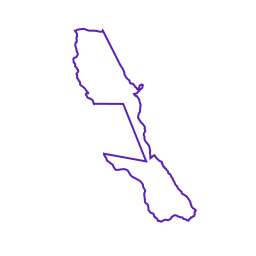 La Poma, Salta, Argentina (Natural Earth projection), rotated 329°
{"feature_id": "61730980B84051306954372", "entity_name": "La Poma", "entity_type": "district", "adm_level": 2, "iso_a3": "ARG", "parent_name": "Argentina", "parent_adm1": "Salta", "projection": "natural_earth1", "projection_center": [-66.198, -24.176], "detail": "fine", "context": "isolated", "style": "outline", "palette": "violet", "viewbox_px": 256, "rotation_deg": 329, "n_neighbors": 0, "source": "geoboundaries", "source_scale": "gbopen_adm2", "svg_char_len": 5935}
<svg xmlns="http://www.w3.org/2000/svg" viewBox="0 0 256 256"><g transform="rotate(329 128 128)"><path d="M141.0,210.1L140.7,209.6L140.5,208.4L140.0,206.8L139.7,205.3L139.8,204.4L139.9,204.0L140.0,203.3L139.9,202.6L139.6,201.8L139.5,200.5L139.9,198.1L139.9,196.1L140.1,195.1L140.0,194.5L140.1,194.1L140.3,193.7L140.0,192.1L140.0,191.6L140.2,191.1L140.3,189.8L140.3,189.2L140.0,188.6L139.4,188.0L139.3,187.7L139.4,187.1L139.6,186.6L140.0,185.6L139.8,184.8L139.6,184.4L139.4,183.9L139.6,182.6L139.4,182.1L138.9,181.4L138.9,181.1L138.9,180.7L139.1,180.4L138.5,179.3L138.4,179.0L138.7,178.2L138.8,177.1L138.9,176.6L138.7,175.9L138.8,175.7L139.3,175.2L139.5,174.7L139.5,174.4L139.2,174.1L139.1,173.7L138.3,172.8L137.8,171.7L137.5,170.6L136.9,168.6L137.0,167.8L136.7,167.0L136.7,166.5L136.8,165.5L136.7,165.0L135.5,164.8L134.7,165.0L134.2,165.1L133.7,164.9L133.3,165.1L132.6,165.4L131.6,165.4L133.0,163.1L133.9,160.7L134.5,159.9L135.1,159.3L135.4,158.7L136.9,153.9L136.7,152.9L136.7,151.5L136.3,149.7L136.2,149.0L136.2,147.4L136.3,146.7L136.6,145.6L137.3,144.4L137.7,143.9L137.9,141.9L139.2,140.6L139.9,140.3L141.0,139.6L141.4,139.3L141.6,138.6L141.5,138.1L141.7,137.6L142.0,137.3L142.0,136.9L142.9,136.0L143.0,134.9L142.9,134.3L142.8,132.7L142.5,131.2L142.0,130.2L142.1,128.3L141.9,127.9L141.8,127.5L142.0,127.1L142.0,125.8L141.8,125.4L142.2,123.9L143.7,122.2L145.0,121.0L146.0,120.4L146.7,120.3L147.1,119.7L147.3,119.1L147.7,118.5L149.0,117.0L149.4,116.5L149.6,115.9L149.9,115.5L150.8,114.6L151.0,113.8L151.2,112.7L151.6,111.1L151.9,110.0L152.2,109.2L152.2,108.6L152.1,107.9L152.1,105.9L152.0,105.2L151.3,104.9L151.0,104.3L150.9,103.9L150.7,103.5L150.7,101.9L152.9,102.7L154.1,102.8L155.1,102.2L156.1,102.1L158.3,101.3L159.9,101.2L161.0,100.8L162.8,98.9L162.5,98.2L162.1,97.8L160.3,97.6L159.9,97.7L159.6,97.8L158.9,98.7L158.2,99.3L157.0,99.8L156.1,99.9L155.9,99.6L155.9,99.2L156.0,98.4L155.9,97.9L155.8,97.3L155.3,96.8L155.3,96.4L155.4,94.5L155.3,94.1L155.1,93.7L155.0,92.9L154.8,92.5L154.8,92.2L154.5,92.0L153.7,91.8L153.4,91.6L153.0,90.6L153.1,89.4L153.3,89.0L153.7,88.2L153.7,87.8L153.3,87.0L152.9,85.5L152.6,84.4L152.5,82.8L152.4,82.5L152.6,80.3L153.0,79.2L153.4,78.6L153.6,77.4L153.8,76.6L153.9,75.0L154.1,74.2L154.1,73.9L153.9,73.2L153.8,72.2L153.8,70.2L156.6,31.4L156.3,31.6L156.0,31.7L155.6,32.0L155.2,32.1L154.0,31.2L153.2,30.8L153.0,30.6L152.5,30.0L151.4,28.9L150.8,28.6L149.8,27.6L148.9,27.0L148.7,26.8L147.3,26.1L146.8,25.7L146.2,25.4L146.0,25.2L145.4,24.8L144.5,24.2L144.2,24.1L143.7,23.4L143.0,22.4L142.4,21.8L141.8,20.9L141.4,20.5L140.8,20.0L139.6,19.6L139.1,19.2L138.3,19.0L137.8,18.6L137.4,18.6L135.6,17.8L134.2,17.5L133.8,17.6L133.3,18.0L132.9,17.8L132.7,17.6L132.6,18.6L132.9,20.6L132.8,20.9L132.5,21.5L132.4,21.6L132.1,22.0L131.5,23.2L131.0,23.6L130.9,23.6L130.2,24.4L130.0,24.5L129.7,25.3L129.2,26.2L128.7,27.4L128.3,27.9L128.0,27.9L127.2,27.8L126.7,28.5L126.0,29.0L125.4,30.0L124.8,31.7L124.8,32.2L124.6,32.8L124.6,33.3L124.5,33.8L124.0,34.4L123.7,34.9L123.7,35.4L123.8,35.7L123.5,36.7L123.3,38.4L122.8,39.2L120.7,40.3L120.4,40.6L119.4,40.6L118.1,40.1L117.1,40.4L116.5,41.0L116.0,42.5L115.8,42.7L115.3,43.7L115.3,44.1L115.5,44.5L115.5,44.8L115.7,45.5L115.7,46.0L115.5,46.4L114.8,47.2L114.6,47.5L114.5,47.9L114.6,48.5L114.8,48.9L114.9,49.4L114.8,50.8L114.9,52.2L115.1,52.5L115.0,53.2L114.1,54.2L113.2,54.4L112.9,54.5L112.5,54.9L112.2,55.1L111.9,55.0L111.6,55.2L111.7,55.4L111.7,56.0L111.4,57.0L110.8,57.8L110.4,58.1L110.2,58.3L110.2,58.9L110.4,59.1L110.2,59.8L110.4,61.2L110.3,61.5L110.1,62.0L110.1,62.3L110.6,63.3L110.2,64.6L109.9,65.0L109.3,66.1L109.5,66.7L109.9,68.0L111.0,70.4L111.4,72.5L111.6,75.3L111.5,75.7L111.7,76.7L111.9,76.9L112.0,77.3L112.0,77.5L111.7,77.7L110.9,77.1L109.6,77.1L109.1,77.8L109.2,79.3L109.0,79.8L109.0,80.8L109.3,81.5L109.7,82.0L110.1,82.9L111.0,83.6L111.2,84.4L111.8,85.3L111.9,85.8L111.9,86.7L111.7,87.3L111.6,87.7L111.5,87.8L111.4,88.0L111.2,88.9L111.2,89.6L111.3,89.9L111.2,90.4L111.3,91.0L111.5,89.8L136.3,104.9L126.4,166.0L94.2,137.7L93.6,139.5L93.6,140.3L93.8,140.8L93.7,141.8L93.8,142.4L93.2,145.3L93.7,145.8L93.8,146.5L94.3,147.4L94.9,149.4L95.8,151.2L96.0,151.9L95.7,152.8L95.6,154.3L95.9,157.2L96.2,157.7L97.0,158.3L103.0,160.9L104.1,161.8L105.2,163.1L105.8,164.3L105.9,164.8L105.9,169.0L106.0,169.9L106.3,171.4L110.5,178.6L111.3,180.7L111.6,182.6L111.6,184.4L110.7,185.8L110.5,190.6L107.9,192.8L105.6,198.0L104.8,199.4L104.5,200.4L104.4,201.2L104.6,201.8L105.0,202.5L105.5,204.0L105.2,204.6L104.6,206.5L103.4,208.7L103.5,211.0L103.7,212.1L104.3,213.1L105.2,213.8L105.5,214.8L105.5,215.9L105.2,216.3L105.1,216.7L104.9,217.6L105.0,218.3L105.4,218.4L105.5,218.8L105.8,220.2L106.2,220.5L106.1,221.9L105.8,222.6L106.0,223.3L106.4,223.5L106.7,223.6L107.1,223.8L107.6,224.4L107.9,225.1L108.2,225.3L108.4,225.4L110.6,225.4L111.1,225.4L111.7,225.7L112.5,225.7L112.9,225.9L113.6,226.6L114.3,227.1L114.6,227.6L115.1,227.7L115.5,227.8L115.9,227.7L116.2,227.8L117.6,227.9L119.1,227.2L119.4,226.9L120.4,226.9L121.8,226.6L123.4,226.9L124.5,228.3L125.0,228.5L125.1,229.4L125.8,230.0L126.4,230.9L126.6,231.0L126.8,231.5L127.2,231.8L127.7,232.0L128.2,232.3L128.2,232.5L128.6,232.9L128.6,233.2L128.7,233.7L128.7,233.9L128.9,234.7L129.7,235.3L130.4,236.0L130.7,236.7L130.9,237.5L131.4,237.6L132.1,238.5L132.6,238.1L133.2,238.1L133.5,237.8L134.3,237.7L134.8,237.8L135.3,237.5L135.4,237.3L135.6,237.1L136.1,237.1L136.7,237.4L137.2,237.3L138.1,237.3L138.5,237.5L139.1,237.5L139.4,237.4L139.8,237.1L140.7,236.5L141.1,235.3L141.9,234.4L142.1,234.2L142.9,234.3L143.2,234.1L143.5,233.8L143.5,233.6L143.4,233.1L143.6,232.8L143.3,232.3L143.2,231.9L143.1,231.6L142.9,231.0L142.5,230.6L142.4,229.9L142.2,229.3L142.1,228.4L142.0,227.8L142.2,227.1L142.5,226.8L142.8,224.7L143.3,223.9L143.4,223.2L143.4,221.8L143.2,219.7L143.2,217.7L143.0,216.7L142.5,216.0L141.7,213.9L141.3,213.7L141.0,213.1L140.9,212.6L140.7,212.4L140.5,212.0L140.6,211.4L141.0,210.1Z" fill="none" stroke="#5b21b6" stroke-width="2"/></g></svg>